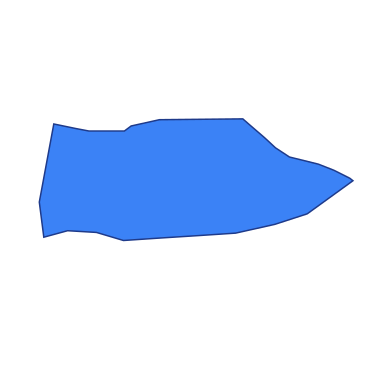 Chollima, P'yŏngan-namdo, North Korea (Equal Earth projection), rotated 286°
{"feature_id": "82179303B23985566152661", "entity_name": "Chollima", "entity_type": "district", "adm_level": 2, "iso_a3": "PRK", "parent_name": "North Korea", "parent_adm1": "P'yŏngan-namdo", "projection": "equal_earth", "projection_center": [125.571, 38.952], "detail": "fine", "context": "isolated", "style": "filled", "palette": "blue", "viewbox_px": 384, "rotation_deg": 286, "n_neighbors": 0, "source": "geoboundaries", "source_scale": "gbopen_adm2", "svg_char_len": 476}
<svg xmlns="http://www.w3.org/2000/svg" viewBox="0 0 384 384"><g transform="rotate(286 192 192)"><path d="M107.7,62.0L120.5,83.1L126.8,111.3L126.5,139.5L139.2,174.7L151.8,210.0L164.5,245.3L183.7,280.5L202.8,308.8L247.2,343.6L248.7,340.0L252.0,322.5L253.6,305.8L252.5,276.0L257.5,260.0L264.1,247.0L273.2,227.3L276.3,220.7L252.5,140.7L238.7,115.3L232.0,110.2L222.2,76.0L221.0,62.9L219.3,40.4L140.2,48.0L107.7,62.0Z" fill="#3b82f6" stroke="#1e3a8a" stroke-width="1.5"/></g></svg>